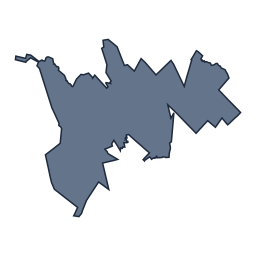 Cerritos, San Luis Potosí, Mexico
{"feature_id": "50627088B46085416470033", "entity_name": "Cerritos", "entity_type": "district", "adm_level": 2, "iso_a3": "MEX", "parent_name": "Mexico", "parent_adm1": "San Luis Potosí", "projection": "equal_earth", "projection_center": [-100.272, 22.419], "detail": "fine", "context": "isolated", "style": "filled", "palette": "slate", "viewbox_px": 256, "rotation_deg": 0, "n_neighbors": 0, "source": "geoboundaries", "source_scale": "gbopen_adm2", "svg_char_len": 4312}
<svg xmlns="http://www.w3.org/2000/svg" viewBox="0 0 256 256"><path d="M230.6,122.2L231.1,121.7L234.0,118.9L237.7,115.6L240.6,112.5L234.0,105.7L228.4,100.1L218.7,89.9L227.1,80.2L229.0,78.0L228.4,76.6L227.4,73.8L226.4,72.3L225.1,69.7L221.2,68.0L220.8,67.4L220.4,66.2L219.5,66.0L218.2,64.9L217.6,63.8L217.2,63.4L215.7,63.6L214.3,64.7L211.7,65.4L211.1,65.0L210.5,63.2L209.5,62.7L208.5,62.7L207.5,62.1L206.0,61.6L205.0,62.2L204.7,61.7L204.2,60.8L203.1,61.5L203.0,61.4L202.6,60.6L202.1,60.8L202.0,60.5L201.8,59.9L201.4,60.1L200.9,58.8L201.9,57.1L202.6,55.8L201.6,54.9L200.6,53.9L199.0,52.5L198.3,51.8L196.4,50.7L193.9,55.0L191.1,59.7L191.7,60.1L191.3,61.4L190.7,63.4L189.8,66.7L186.9,76.5L184.2,86.4L178.3,74.1L173.7,64.4L171.0,60.4L165.7,65.5L161.8,69.3L156.0,74.9L145.5,62.8L141.1,58.6L134.3,71.1L127.4,64.7L124.4,65.5L123.6,63.4L122.8,61.4L117.1,46.8L112.9,43.3L108.1,39.4L103.0,40.3L103.8,47.1L101.7,48.3L103.8,54.8L106.9,64.7L106.2,70.5L106.0,72.6L111.2,81.2L109.8,82.6L110.4,83.4L106.1,82.6L105.8,83.0L106.5,84.3L108.0,86.9L106.7,88.2L94.7,75.1L92.7,78.3L92.2,77.2L91.9,76.7L88.5,73.1L83.5,74.8L81.0,74.4L76.5,79.1L73.1,86.2L72.9,86.2L72.7,86.3L72.5,86.6L72.4,86.6L72.2,86.6L71.8,86.3L71.7,86.2L71.4,85.7L71.2,85.2L71.1,84.9L70.9,84.8L70.8,84.7L70.6,84.6L70.5,84.4L70.4,84.2L70.2,83.9L69.9,83.7L69.5,83.7L69.0,83.5L68.7,83.5L68.5,83.3L68.4,83.2L68.2,82.9L68.1,82.7L68.0,82.4L67.5,81.9L67.4,81.7L67.3,81.4L67.3,81.2L67.2,81.0L67.1,80.9L66.9,80.8L66.7,80.7L66.3,80.7L66.2,80.7L66.0,80.4L66.1,80.2L66.1,79.9L66.0,79.7L65.9,79.6L65.9,79.3L65.9,79.0L64.4,75.3L60.1,71.7L58.4,70.2L58.5,69.9L58.7,69.6L58.7,69.3L58.7,69.1L58.7,68.8L58.8,68.6L58.8,68.2L58.7,68.0L58.7,67.8L58.6,67.5L58.5,67.3L58.5,67.2L58.4,67.1L58.2,66.9L57.8,66.7L57.6,66.7L57.1,66.7L56.8,66.6L56.7,66.6L56.4,66.5L56.2,66.4L56.2,66.2L56.0,65.8L55.8,65.5L55.3,64.9L54.8,64.4L54.7,64.3L54.7,64.2L54.4,64.2L54.5,64.1L54.5,63.9L54.1,63.7L53.9,63.6L53.5,62.6L53.2,61.5L52.8,58.8L48.8,57.0L47.8,56.9L46.7,57.2L45.9,58.1L45.2,60.3L45.0,60.5L44.7,61.1L41.8,60.5L41.8,60.1L38.9,61.5L30.9,55.2L26.7,54.4L25.6,58.4L15.9,56.1L15.4,59.7L25.8,62.3L26.1,61.5L30.6,57.9L38.5,62.1L37.0,65.8L39.5,68.6L50.5,103.4L51.9,107.9L52.2,108.5L54.0,112.3L57.3,119.5L59.0,123.1L58.8,125.4L58.9,125.6L60.8,126.9L60.9,127.3L61.6,128.7L60.3,142.1L60.1,143.4L51.2,150.4L45.4,154.8L46.1,157.9L47.8,165.6L50.0,176.0L51.5,182.5L53.9,188.1L54.3,189.2L77.6,207.4L74.9,213.5L73.7,215.8L78.9,216.6L81.5,213.5L82.6,210.2L86.4,200.6L88.4,197.5L98.6,182.0L108.8,189.5L102.6,163.1L103.7,162.8L115.1,160.1L117.7,159.4L108.5,153.9L107.9,153.6L107.8,153.3L107.7,153.0L107.5,152.6L107.3,151.8L106.6,151.0L105.2,149.7L104.9,149.1L112.4,146.1L112.4,145.9L112.2,145.5L112.1,145.3L112.0,145.2L112.0,144.9L112.0,144.7L111.9,144.5L111.9,144.4L111.7,144.2L111.7,143.9L112.0,143.3L112.4,142.7L112.7,142.2L112.8,142.0L113.0,141.8L113.3,141.4L113.4,141.1L113.6,140.7L113.8,140.3L117.5,145.9L120.3,150.7L120.7,148.1L122.3,148.3L122.4,147.4L122.9,147.4L123.0,147.0L124.8,147.1L124.4,144.8L123.8,142.7L124.6,142.7L125.7,142.7L126.9,142.7L127.9,142.3L127.8,141.3L127.1,141.2L126.9,141.9L126.7,141.7L126.8,141.5L126.0,138.7L125.3,139.3L125.5,137.0L125.4,136.9L126.9,137.6L126.3,135.2L126.6,135.1L126.6,134.9L128.7,134.6L128.8,134.7L129.7,135.5L130.6,136.3L135.4,140.7L137.9,142.9L138.2,143.1L141.0,145.5L142.6,146.9L143.5,147.8L144.2,148.4L144.4,148.6L144.7,148.9L145.1,149.1L146.8,150.7L147.4,151.1L149.4,152.9L148.3,154.1L147.4,155.0L146.5,156.0L144.7,157.9L143.1,159.6L144.5,161.0L145.0,160.1L146.2,159.3L147.4,158.5L148.5,157.7L149.7,156.9L150.4,157.7L151.6,159.3L152.5,158.6L152.9,158.3L153.4,158.2L153.8,158.2L154.3,158.1L154.5,157.8L154.9,158.1L155.0,158.2L155.4,157.8L156.2,156.8L156.6,156.3L157.1,156.9L156.9,157.2L156.7,157.3L157.0,157.5L157.0,157.8L158.1,157.7L158.8,157.7L162.0,157.5L162.3,157.4L162.5,157.1L162.8,156.9L164.9,157.1L165.2,157.3L165.7,157.5L169.0,157.3L169.3,153.1L170.0,150.0L170.3,149.2L170.4,147.8L170.4,147.5L169.6,143.1L171.4,141.7L171.9,135.9L173.9,112.8L170.9,118.3L167.8,104.8L175.4,112.0L181.8,118.6L187.1,124.1L187.3,124.3L196.1,133.3L197.4,131.9L199.0,130.2L199.9,129.1L200.7,128.3L202.1,126.8L203.5,125.2L204.6,124.0L206.6,121.9L207.7,120.7L215.4,127.3L222.0,118.0L227.6,124.8L228.4,124.2L230.2,122.6L230.6,122.2Z" fill="#64748b" stroke="#1e293b" stroke-width="1.5"/></svg>